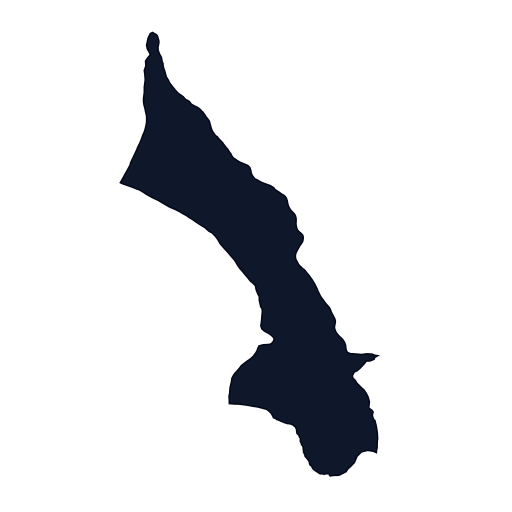 Luangprabang, Louangphrabang, Laos (Robinson projection), rotated 97°
{"feature_id": "54806243B7800047317547", "entity_name": "Luangprabang", "entity_type": "district", "adm_level": 2, "iso_a3": "LAO", "parent_name": "Laos", "parent_adm1": "Louangphrabang", "projection": "robinson", "projection_center": [102.099, 19.82], "detail": "fine", "context": "isolated", "style": "filled", "palette": "ink", "viewbox_px": 512, "rotation_deg": 97, "n_neighbors": 0, "source": "geoboundaries", "source_scale": "gbopen_adm2", "svg_char_len": 6112}
<svg xmlns="http://www.w3.org/2000/svg" viewBox="0 0 512 512"><g transform="rotate(97 256 256)"><path d="M46.7,385.8L48.1,388.1L53.2,389.7L60.2,390.3L63.7,389.1L66.7,386.9L69.1,385.4L72.7,387.8L76.0,389.4L80.7,388.5L85.5,389.5L89.2,388.5L91.4,388.1L94.2,387.5L97.7,387.4L101.6,387.5L106.6,386.9L108.3,386.8L113.1,386.9L116.9,386.4L120.0,385.5L122.3,384.5L124.3,383.8L125.6,383.4L129.9,381.8L132.9,381.3L137.2,380.9L141.0,381.2L144.4,381.6L146.4,382.0L149.5,383.0L153.3,383.8L155.0,384.2L157.8,385.0L162.9,386.8L165.4,387.4L171.2,389.3L178.3,391.7L181.5,392.2L199.8,399.6L200.6,397.0L202.4,388.8L203.1,385.9L204.1,382.3L204.5,380.0L206.6,375.2L208.1,372.4L210.4,366.7L211.5,363.6L212.6,360.1L216.1,352.1L217.8,348.1L218.9,344.5L219.5,342.2L221.3,337.2L222.6,334.5L224.3,330.0L226.2,326.5L227.0,324.5L229.6,319.6L232.3,314.1L234.1,310.0L237.1,305.8L238.5,302.2L241.6,298.5L244.3,295.9L248.3,292.9L252.8,287.9L256.2,283.9L259.8,280.1L261.9,277.6L264.0,275.7L267.3,273.2L270.2,270.6L273.2,267.3L276.1,264.3L278.5,261.6L281.6,258.5L283.1,256.1L285.5,253.0L289.5,251.7L293.4,249.6L295.5,248.0L297.1,247.6L299.4,247.4L305.9,245.1L307.3,243.7L309.8,243.0L312.9,242.9L317.7,242.7L321.3,242.6L324.8,242.7L327.6,241.3L329.6,238.4L330.2,236.7L331.0,234.7L332.0,232.5L333.2,230.7L334.0,229.6L335.1,228.4L336.5,227.9L338.5,228.3L341.1,230.0L342.0,231.7L342.7,234.9L343.2,237.9L344.8,242.0L347.5,243.0L349.8,243.4L352.4,244.5L355.6,246.3L357.8,248.1L359.7,250.0L361.6,252.2L364.3,254.9L366.6,257.2L369.6,258.9L375.4,262.9L377.4,263.9L380.3,265.0L384.3,265.1L389.8,265.7L393.8,265.5L394.8,265.4L398.5,265.7L402.2,265.0L405.8,264.5L405.7,263.8L405.5,258.6L405.1,255.7L405.1,251.8L405.1,248.2L405.2,245.2L405.5,241.0L405.6,236.1L406.8,227.0L406.9,226.7L407.0,226.5L408.3,224.3L410.4,221.6L413.2,219.6L414.4,219.0L415.0,216.6L415.9,215.3L415.9,214.2L416.8,211.4L417.9,207.5L418.5,204.3L418.4,201.8L419.2,198.6L420.1,197.5L420.4,196.4L421.7,195.7L422.9,194.7L424.6,194.4L427.1,193.7L428.9,191.4L430.6,190.7L431.7,189.6L432.8,189.6L434.3,189.5L435.3,189.0L436.0,188.4L437.9,187.8L438.3,186.9L440.6,185.7L442.1,185.6L443.7,185.0L445.2,184.9L445.6,184.2L446.8,183.8L447.2,183.1L448.5,183.1L449.9,181.7L451.9,179.5L453.9,178.0L455.8,177.5L457.2,176.5L457.3,175.4L458.8,174.6L460.9,172.9L464.3,166.1L464.3,164.6L464.0,163.4L464.4,161.9L463.8,160.6L463.4,158.7L463.1,156.9L464.6,156.4L465.3,155.5L465.0,154.7L464.3,152.2L463.8,148.3L463.3,146.5L461.1,143.3L459.2,140.4L456.2,138.9L452.7,135.9L448.9,133.1L442.5,131.3L437.5,127.4L435.3,121.4L435.5,115.8L436.5,112.5L434.5,112.7L431.7,112.4L429.0,112.7L425.3,113.0L422.3,113.0L420.4,113.4L416.5,114.1L412.8,115.1L409.0,116.3L406.8,117.2L404.8,117.9L404.2,119.1L400.5,121.0L398.8,121.1L396.6,120.7L395.0,122.1L393.3,125.4L391.7,125.6L386.7,125.7L382.2,127.6L379.2,129.6L375.9,132.4L373.4,135.9L369.8,140.5L367.3,142.4L365.5,144.8L363.2,145.8L359.3,144.4L357.4,141.5L354.4,138.8L349.6,135.3L346.9,133.8L346.2,129.8L344.1,126.2L342.1,125.7L340.1,123.0L340.1,125.4L339.2,129.0L339.6,134.3L341.1,140.0L340.8,140.9L341.1,141.9L341.0,143.5L341.2,146.5L341.2,148.2L341.4,149.4L341.4,150.4L341.1,151.5L340.8,152.6L340.4,153.6L339.7,154.2L338.4,154.9L336.5,155.6L333.4,156.3L330.7,157.7L328.3,159.8L327.0,161.4L325.3,163.8L323.6,165.7L321.7,167.4L318.9,168.9L317.9,169.4L316.6,169.4L314.8,169.4L312.8,169.2L311.5,169.2L310.2,169.5L308.8,170.1L306.7,171.5L304.3,173.2L303.4,173.9L302.0,174.7L300.0,175.7L298.5,176.7L297.5,177.7L295.6,179.9L293.1,182.5L291.6,183.7L290.2,185.2L287.9,187.2L283.2,190.3L281.2,191.3L276.4,194.5L272.1,197.9L271.4,198.7L269.6,200.2L268.0,201.9L266.5,203.5L265.1,204.9L263.8,206.3L262.3,208.9L261.4,209.9L260.5,211.2L259.5,212.4L258.5,213.3L257.5,213.9L256.2,214.8L255.3,215.5L253.7,216.4L252.2,216.7L251.0,217.0L249.6,216.9L248.2,216.7L246.8,216.2L245.8,215.9L242.9,214.8L240.4,213.7L237.6,212.2L235.8,211.4L234.4,211.3L231.8,211.3L230.6,211.7L229.6,212.2L228.7,213.2L227.7,214.5L226.5,216.4L225.2,217.9L223.7,218.8L222.3,219.4L220.5,219.9L218.9,220.3L216.8,220.4L213.7,220.8L212.1,221.4L211.4,221.7L210.3,222.4L209.7,222.9L208.6,224.2L207.3,225.8L206.4,226.9L205.4,227.8L204.6,228.4L203.5,229.3L201.4,230.4L199.4,231.1L197.1,231.8L196.2,232.3L195.1,232.8L193.9,233.7L193.1,234.6L192.4,235.7L191.4,238.0L190.9,239.0L190.0,240.5L189.4,241.8L187.6,245.4L186.6,246.2L185.9,246.9L185.5,248.1L184.9,249.3L184.4,250.2L184.2,251.1L183.5,254.3L183.3,255.2L183.0,256.5L182.4,258.8L181.5,261.4L180.6,263.5L180.2,264.3L179.8,265.8L179.0,267.1L177.9,268.1L177.0,269.1L175.5,270.2L173.4,271.1L171.5,271.6L170.6,272.2L169.4,272.6L168.8,273.1L168.2,273.8L167.5,274.5L167.2,275.2L166.9,275.9L166.7,276.7L164.7,283.9L162.3,288.6L161.9,289.2L161.7,289.9L161.0,290.8L160.4,291.5L158.8,292.7L157.5,293.5L157.0,294.0L156.4,294.6L155.4,295.6L154.6,296.1L154.1,296.6L153.4,297.1L152.8,297.8L152.3,298.5L150.5,300.2L148.9,301.9L147.7,302.8L147.1,303.6L146.4,304.4L145.9,305.1L145.5,305.6L145.0,306.1L144.1,307.3L143.3,308.1L142.4,308.8L141.9,310.0L141.2,311.1L139.6,312.5L137.8,314.2L136.3,315.1L135.0,315.8L133.5,316.5L131.6,317.2L129.5,318.1L128.4,318.5L127.4,319.1L126.8,319.7L126.4,320.1L125.3,321.0L124.6,321.9L124.0,322.5L123.1,323.3L122.4,323.7L121.8,324.3L121.1,324.9L120.6,325.5L120.0,325.9L119.4,326.7L118.9,327.4L118.2,328.2L117.6,328.9L116.9,329.8L116.5,330.5L115.4,332.6L114.9,334.5L114.1,336.3L113.8,337.4L113.1,338.7L111.9,339.9L111.1,340.7L110.4,341.7L109.7,343.3L109.6,344.1L109.2,344.9L108.6,345.6L108.0,346.3L107.5,346.9L106.7,347.8L106.1,348.9L105.6,349.8L104.8,351.5L103.6,353.5L102.6,354.6L101.8,355.6L101.3,356.2L100.8,356.9L100.2,357.2L99.7,357.7L99.3,358.3L96.9,360.7L96.0,361.6L95.2,362.4L94.1,363.2L93.2,363.8L92.6,364.2L92.0,364.5L91.5,365.0L90.7,365.6L89.4,366.6L88.5,367.2L87.5,367.5L86.4,368.0L85.0,368.5L84.1,368.9L83.2,369.3L81.7,370.1L80.4,370.7L78.6,371.3L77.9,371.5L77.4,371.6L76.8,371.6L76.0,371.9L75.6,372.2L74.6,372.8L72.2,373.5L70.4,374.1L68.8,375.2L66.7,376.8L64.7,377.6L63.5,378.8L63.0,378.3L61.0,378.7L58.1,378.5L56.6,378.4L54.8,378.5L52.2,379.5L49.3,380.9L48.3,382.1L47.5,384.2L46.7,385.8Z" fill="#0f172a" stroke="#020617" stroke-width="1.5"/></g></svg>